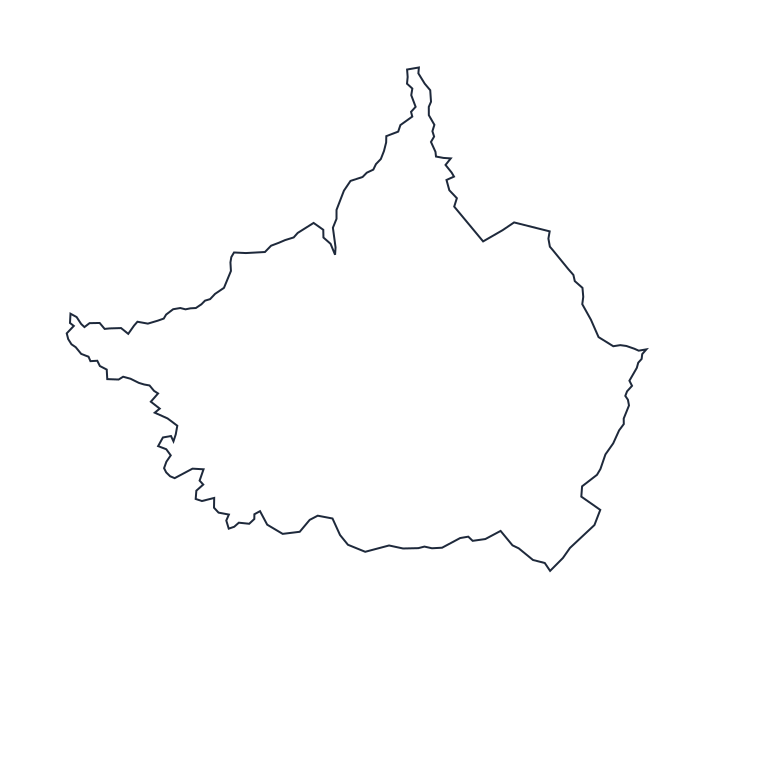 Unistalda, Rio Grande do Sul, Brazil, rotated 56°
{"feature_id": "56859067B40505313665308", "entity_name": "Unistalda", "entity_type": "district", "adm_level": 2, "iso_a3": "BRA", "parent_name": "Brazil", "parent_adm1": "Rio Grande do Sul", "projection": "mercator", "projection_center": [-55.195, -29.075], "detail": "fine", "context": "isolated", "style": "outline", "palette": "slate", "viewbox_px": 768, "rotation_deg": 56, "n_neighbors": 0, "source": "geoboundaries", "source_scale": "gbopen_adm2", "svg_char_len": 2745}
<svg xmlns="http://www.w3.org/2000/svg" viewBox="0 0 768 768"><g transform="rotate(56 384 384)"><path d="M141.1,178.1L136.2,189.0L142.7,192.7L147.9,197.0L154.9,195.3L159.8,199.9L171.9,202.8L173.5,209.4L178.1,211.0L178.5,225.6L182.7,231.1L179.8,243.5L184.9,247.1L190.8,253.7L195.7,260.8L197.2,267.7L200.3,273.0L199.2,280.1L200.4,286.0L196.9,298.2L201.3,309.1L213.1,326.0L220.5,331.0L225.9,339.0L243.7,347.8L249.5,352.3L237.9,349.9L228.7,352.3L222.2,348.1L211.1,352.3L210.5,371.1L212.0,376.9L209.4,385.5L208.1,392.3L206.2,400.3L208.0,408.9L198.2,425.3L191.1,434.8L193.4,439.6L197.3,443.3L204.7,447.7L214.8,462.9L214.8,473.6L216.4,480.7L214.8,485.8L215.8,490.7L215.8,497.5L213.0,502.2L211.1,506.8L207.1,510.4L204.1,517.0L204.6,525.8L206.6,530.0L205.0,536.1L201.9,546.0L194.5,553.6L195.8,558.5L199.4,568.0L190.6,570.7L184.6,580.2L182.1,584.8L174.4,585.6L168.9,594.1L169.3,600.5L164.9,601.5L156.6,601.4L150.4,604.6L157.8,610.2L162.4,608.7L164.6,618.7L170.2,620.7L176.3,620.9L181.1,619.0L189.7,618.2L196.2,613.7L200.9,614.6L204.4,608.7L210.2,609.5L217.0,605.8L225.2,610.7L231.9,601.5L232.1,596.2L237.9,591.2L246.0,586.6L250.3,583.1L254.1,579.2L261.1,578.5L265.5,576.6L268.3,587.2L279.0,583.7L279.6,590.1L291.5,582.7L303.0,578.7L309.3,584.8L313.8,590.6L308.0,589.7L304.7,597.2L309.2,606.0L316.3,601.0L323.9,600.7L326.7,607.8L330.8,613.4L335.5,614.0L340.9,612.9L345.0,610.2L347.1,590.1L353.8,581.3L361.0,590.9L366.3,590.1L367.5,599.2L374.0,604.4L379.2,600.4L383.5,588.5L391.5,594.1L398.1,593.1L405.5,585.6L409.0,591.1L417.1,593.6L418.6,588.0L417.8,581.9L424.5,573.9L423.4,567.0L419.5,564.3L420.1,557.9L435.3,559.5L451.6,551.8L459.4,536.5L455.1,521.6L456.1,512.6L466.7,501.9L484.6,504.9L497.1,503.8L512.6,493.4L520.7,470.1L531.0,460.2L539.3,447.3L541.4,441.4L547.0,436.1L552.2,427.4L554.3,407.0L557.7,399.5L563.6,398.2L569.2,386.7L571.0,369.5L589.6,367.7L595.6,364.2L613.2,358.9L622.3,350.8L631.8,350.8L628.3,333.0L623.9,321.5L618.6,288.4L609.3,275.1L587.7,283.4L579.6,277.0L578.4,258.2L575.5,252.1L566.2,239.8L561.4,227.2L553.9,215.0L551.3,207.6L546.7,204.6L538.8,192.9L533.5,190.6L528.8,190.6L526.0,186.6L524.2,179.4L518.5,178.7L512.0,165.4L508.5,161.3L507.3,156.4L503.6,153.2L502.0,147.1L498.8,154.2L494.8,156.7L488.0,161.8L483.9,166.4L480.9,172.8L465.1,179.9L446.4,176.5L428.7,175.0L423.2,170.1L415.3,165.7L405.4,168.3L399.5,166.0L391.5,167.0L367.3,169.2L362.9,169.7L355.4,166.4L350.1,161.3L322.8,185.8L322.8,199.7L321.2,222.1L276.2,226.6L270.7,219.7L259.9,221.5L249.8,218.1L251.2,210.0L246.5,209.7L236.8,210.5L234.3,202.5L229.8,208.3L224.5,213.7L220.3,211.5L209.6,209.7L206.9,204.1L201.5,202.5L197.3,197.3L186.2,196.5L179.3,191.9L176.3,187.2L166.3,181.4L157.8,182.3L145.7,181.8L141.1,178.1Z" fill="none" stroke="#1e293b" stroke-width="2"/></g></svg>